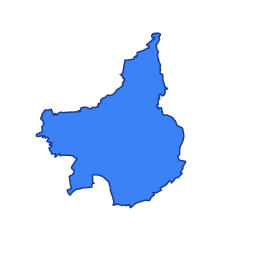 the district of Vargata, Mures, Romania, rotated 316°
{"feature_id": "2599482B49125159917966", "entity_name": "Vargata", "entity_type": "district", "adm_level": 2, "iso_a3": "ROU", "parent_name": "Romania", "parent_adm1": "Mures", "projection": "robinson", "projection_center": [24.8, 46.587], "detail": "fine", "context": "isolated", "style": "filled", "palette": "blue", "viewbox_px": 256, "rotation_deg": 316, "n_neighbors": 0, "source": "geoboundaries", "source_scale": "gbopen_adm2", "svg_char_len": 5613}
<svg xmlns="http://www.w3.org/2000/svg" viewBox="0 0 256 256"><g transform="rotate(316 128 128)"><path d="M166.0,167.4L166.9,166.5L167.0,165.7L166.7,164.6L166.3,164.1L166.1,163.5L166.2,163.0L165.9,162.3L165.3,161.7L165.2,160.5L165.6,158.8L166.3,157.5L166.9,155.6L166.8,155.0L167.2,151.6L166.9,150.1L165.1,145.8L164.6,145.3L163.3,144.4L163.1,144.1L162.8,143.2L162.8,142.2L163.0,141.4L164.4,139.5L165.4,137.5L166.1,136.7L165.1,135.9L164.5,135.6L163.2,135.5L164.3,134.3L163.2,133.4L164.4,131.9L164.9,132.1L165.4,131.6L166.2,132.0L169.7,128.3L170.8,129.1L172.1,127.8L171.7,127.4L172.5,126.7L173.9,126.1L174.9,126.0L174.9,128.7L175.6,129.1L176.2,129.2L177.2,129.2L178.3,129.1L178.5,128.9L178.3,128.3L178.4,128.1L179.9,127.8L181.1,126.1L183.5,127.2L183.8,126.1L182.7,125.3L183.5,124.1L183.2,123.9L186.6,117.4L189.8,114.1L189.7,113.7L189.7,113.1L189.9,112.5L189.2,112.1L188.8,111.6L189.9,109.7L191.1,109.4L191.7,109.0L192.1,108.4L192.4,107.4L195.1,105.3L195.4,104.6L196.2,102.0L196.4,100.8L197.0,100.8L197.3,100.5L197.9,99.6L198.6,97.8L199.3,96.8L200.1,96.1L200.5,95.4L201.2,94.7L201.8,94.6L202.3,94.7L202.6,94.6L203.0,93.7L203.3,91.7L205.7,88.3L206.5,87.8L209.7,87.1L210.4,86.6L211.6,86.5L212.7,85.6L213.0,85.1L213.2,83.6L213.4,83.5L214.1,83.8L214.4,83.7L215.0,83.8L216.3,83.3L216.4,82.8L216.1,81.9L216.0,81.4L215.1,80.1L214.1,79.8L213.3,78.5L213.0,78.3L212.6,78.4L212.1,79.0L211.2,77.5L211.1,77.4L209.8,78.0L209.3,77.8L208.4,79.2L208.2,79.8L208.2,80.1L208.5,80.4L209.8,81.4L209.5,82.1L209.3,82.3L207.9,82.2L207.3,81.6L206.6,81.4L202.1,81.4L201.1,81.1L199.6,81.0L199.1,81.3L199.6,83.3L200.0,83.6L198.6,84.9L197.9,84.7L197.5,84.2L196.8,83.8L193.8,83.2L193.0,82.9L191.0,82.1L189.5,81.2L188.3,80.6L187.5,80.4L187.0,80.0L186.7,80.3L186.4,81.1L185.7,81.8L184.9,82.0L183.8,81.6L183.5,81.7L183.7,82.3L183.6,82.7L181.7,81.2L180.5,82.3L180.0,82.4L174.8,78.9L174.1,78.3L173.1,77.1L161.7,85.3L159.9,84.5L160.0,85.0L159.8,85.4L159.7,86.3L159.8,86.5L160.0,86.7L160.0,87.3L160.0,87.5L159.7,87.8L159.6,88.2L159.1,88.4L159.1,88.6L159.6,88.9L159.3,89.2L159.6,89.3L159.6,89.5L159.3,89.8L159.5,90.3L159.2,90.6L159.0,91.0L158.7,91.1L158.8,91.3L158.4,91.3L158.1,91.5L157.1,91.3L156.8,91.7L156.4,91.6L156.2,91.6L156.2,91.9L156.0,92.0L155.1,92.1L154.9,92.6L154.3,92.8L154.2,93.1L153.9,93.1L153.7,93.6L153.5,93.8L150.1,93.6L148.5,93.1L146.5,92.8L144.7,93.1L143.5,93.5L140.7,93.5L139.7,93.2L137.0,91.6L136.8,90.6L136.1,90.5L135.4,90.1L133.6,90.2L132.5,90.0L131.1,89.6L131.0,89.3L129.0,88.8L127.6,89.2L127.3,89.4L126.9,90.2L125.5,90.8L124.7,90.9L124.1,90.1L123.3,90.0L122.9,90.1L122.6,90.4L122.5,90.7L122.6,91.1L122.5,91.5L121.5,91.7L120.0,90.8L118.6,90.6L118.3,90.4L117.3,88.7L116.6,88.3L114.6,88.5L112.8,85.4L112.8,84.8L112.2,83.8L110.2,81.9L109.5,81.8L108.3,81.1L108.0,81.0L106.7,81.8L105.4,82.8L105.1,82.6L105.4,82.0L104.4,81.1L104.2,81.1L103.5,81.7L103.2,81.8L102.8,81.6L102.3,80.5L99.3,78.3L97.0,75.9L95.8,75.2L93.6,73.2L93.0,72.6L92.5,72.8L91.5,71.3L90.6,69.9L90.2,69.6L89.4,69.3L87.4,69.0L87.4,69.3L86.3,69.2L85.3,68.6L85.5,68.2L85.9,68.0L85.7,67.7L85.4,67.3L84.9,67.2L85.4,66.9L85.4,66.7L83.3,66.8L85.8,61.3L83.1,59.6L81.1,58.1L80.9,57.4L78.9,57.9L76.4,58.1L76.0,58.5L74.3,59.4L74.3,60.1L73.1,59.9L72.4,60.1L71.8,60.7L71.6,61.6L71.5,62.4L72.3,63.2L71.8,64.0L71.1,64.7L71.0,65.5L70.1,66.5L69.4,67.1L68.8,67.2L67.9,67.0L67.5,67.0L67.1,67.2L66.1,68.3L64.1,70.8L63.5,71.0L62.9,70.9L60.5,69.9L58.0,69.1L57.3,69.2L56.6,70.2L56.6,70.5L57.4,71.8L58.8,72.6L60.4,73.7L60.7,74.4L60.7,75.2L60.1,75.7L60.5,76.1L62.1,75.0L61.9,78.2L63.5,78.4L63.9,80.4L60.4,81.2L60.8,82.5L63.0,85.7L61.7,86.2L61.3,86.1L60.4,85.0L59.5,86.0L60.9,87.0L60.8,87.9L60.4,88.2L59.5,88.3L57.4,87.5L57.2,87.8L57.0,88.2L56.9,88.3L57.0,88.8L56.7,89.2L56.3,89.5L56.1,91.3L55.6,92.3L55.1,93.7L57.3,95.7L58.0,96.1L57.9,96.3L56.9,97.1L55.8,97.6L55.5,98.1L55.6,98.4L56.0,98.5L58.5,98.5L61.1,99.1L59.9,100.8L61.9,102.0L63.0,103.0L66.7,106.8L68.3,108.7L68.8,109.5L69.0,110.0L69.4,113.1L70.0,114.6L60.3,116.9L59.7,117.5L59.4,118.3L59.4,119.3L59.8,120.6L59.2,121.6L57.8,122.9L56.6,122.7L55.7,122.9L54.7,122.9L53.3,122.3L52.1,122.0L46.9,129.2L46.3,130.3L45.9,131.5L45.6,132.2L45.1,132.3L45.0,132.0L44.0,131.7L42.5,131.1L41.4,130.5L41.1,130.5L40.8,130.9L39.7,133.8L39.6,135.1L39.7,135.8L40.0,136.1L41.9,135.7L44.5,135.6L46.8,135.9L48.6,136.3L48.9,136.5L49.7,137.3L51.2,138.4L52.9,139.1L54.2,139.9L57.8,143.0L60.9,145.3L62.4,143.9L63.9,143.3L65.1,143.9L65.0,142.1L65.9,141.3L67.1,140.5L67.5,139.7L68.4,138.6L69.4,137.6L69.9,137.4L70.6,137.5L71.6,138.6L73.5,140.4L75.9,144.8L76.3,146.6L76.6,151.8L76.8,153.3L73.0,160.0L72.9,160.1L72.2,160.1L69.6,165.8L67.2,170.3L65.6,172.6L65.2,172.3L64.9,172.3L64.0,172.9L63.9,173.1L64.2,173.4L64.2,173.7L66.4,174.6L68.5,176.6L68.7,177.4L69.7,179.3L70.4,179.9L72.4,181.1L72.7,181.8L72.4,182.2L72.6,182.5L74.3,183.2L74.5,183.6L75.0,183.6L75.1,184.2L75.9,184.5L75.9,184.9L75.6,185.4L75.1,185.4L74.4,186.8L74.6,187.1L76.6,187.3L80.4,187.4L82.6,188.1L86.4,189.9L89.0,191.3L90.1,191.6L90.2,192.1L91.1,192.9L91.9,194.0L92.7,194.7L93.1,195.0L94.4,194.8L95.6,194.3L96.5,194.1L97.7,194.0L99.7,194.4L99.9,194.3L100.0,194.1L100.6,194.1L100.8,194.1L101.1,192.0L103.5,194.4L104.4,194.7L106.3,195.0L108.7,195.9L109.2,193.6L116.3,195.4L121.2,194.6L121.3,195.3L121.3,197.7L125.2,197.5L125.8,197.2L126.5,197.2L128.3,197.3L129.7,198.6L135.4,198.2L134.7,196.6L139.3,195.2L139.1,194.7L141.6,193.7L145.8,192.5L146.1,192.1L146.1,191.7L142.8,187.2L142.7,186.6L143.7,183.1L144.0,182.8L145.2,183.2L145.6,183.2L146.8,182.8L149.8,179.7L152.0,178.1L153.8,177.1L157.2,176.0L158.9,175.2L162.1,173.0L164.6,170.1L166.0,167.4Z" fill="#3b82f6" stroke="#1e3a8a" stroke-width="1.5"/></g></svg>